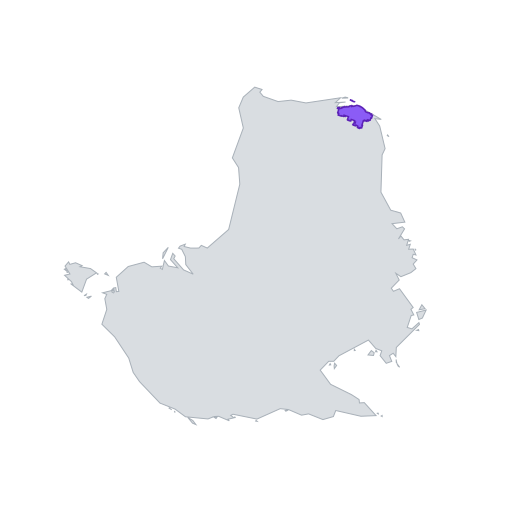 Carnarvon, Western Australia, Australia shown in context, rotated 108°
{"feature_id": "25037944B73025640718230", "entity_name": "Carnarvon", "entity_type": "district", "adm_level": 2, "iso_a3": "AUS", "parent_name": "Australia", "parent_adm1": "Western Australia", "projection": "orthographic", "projection_center": [113.812, -24.467], "detail": "fine", "context": "in_parent", "style": "filled", "palette": "violet", "viewbox_px": 512, "rotation_deg": 108, "n_neighbors": 0, "source": "geoboundaries", "source_scale": "gbopen_adm2", "svg_char_len": 7193}
<svg xmlns="http://www.w3.org/2000/svg" viewBox="0 0 512 512"><g transform="rotate(108 256 256)"><path d="M376.0,106.7L378.3,132.4L384.8,132.8L390.9,141.8L389.9,157.2L393.3,163.5L392.0,177.7L393.7,185.8L410.8,204.7L413.6,229.0L415.4,230.8L416.7,227.0L419.9,232.2L421.0,230.5L420.0,242.1L421.6,246.2L425.8,251.3L430.7,273.4L426.6,285.7L425.6,301.8L411.5,327.9L404.7,336.8L392.4,345.5L376.6,365.4L368.5,381.5L352.9,381.4L343.3,386.6L338.6,386.1L338.4,390.5L333.5,382.7L335.0,381.6L335.1,380.0L333.8,379.6L330.5,381.6L329.4,379.6L333.1,377.8L332.1,375.5L319.4,382.3L305.5,374.3L296.5,360.5L298.5,351.7L294.8,342.5L297.2,343.3L297.7,340.9L288.6,341.7L292.6,336.2L291.4,326.8L285.9,336.2L279.2,336.0L281.0,332.9L284.0,333.4L291.6,320.6L292.7,310.1L285.9,320.1L278.4,323.0L272.6,328.7L272.5,332.1L270.0,331.2L266.6,326.9L269.2,327.3L268.7,320.6L266.1,312.8L262.8,311.3L263.5,304.8L239.2,290.2L192.7,293.6L177.3,299.9L170.0,308.8L138.2,307.6L120.4,318.2L108.8,317.2L95.8,309.4L95.8,301.7L99.0,303.0L101.9,298.4L102.3,282.7L96.9,270.7L95.0,255.8L79.4,224.5L85.6,227.9L81.9,218.4L84.5,224.0L89.2,225.7L81.6,206.1L87.4,179.1L88.6,185.4L94.2,178.5L114.0,166.4L120.9,167.3L156.7,156.9L170.8,142.0L170.4,131.7L177.8,124.9L183.2,136.6L186.6,130.5L183.0,125.8L184.3,123.1L195.8,125.8L192.2,124.4L194.9,120.2L193.0,116.1L199.3,116.0L197.2,112.9L202.4,112.9L200.8,108.6L205.6,104.2L205.8,107.0L209.4,107.0L210.0,101.7L215.1,104.0L218.6,100.0L224.0,103.6L230.9,111.8L229.2,117.7L234.6,112.4L244.8,117.4L247.1,114.4L242.8,109.4L256.4,90.6L258.8,92.2L263.3,87.7L264.6,90.0L277.2,90.1L277.1,85.2L269.0,80.5L270.5,79.4L299.6,94.3L308.5,91.9L306.1,95.5L309.5,98.3L314.3,94.3L317.8,99.0L312.4,107.2L307.3,107.1L306.9,113.6L301.2,123.1L325.3,146.3L332.1,149.5L333.7,154.3L344.7,159.7L355.0,145.4L358.4,122.1L360.7,113.6L363.8,112.2L362.0,107.7L370.7,92.5L376.0,106.7ZM321.3,402.5L330.4,410.0L344.2,410.5L339.6,423.8L339.8,421.2L337.4,423.6L333.5,432.1L330.6,427.4L324.6,434.5L319.5,432.4L321.5,430.5L318.2,425.5L318.9,418.4L320.6,420.1L319.1,409.5L321.3,402.5ZM254.8,77.5L263.6,78.6L266.1,81.5L260.0,85.8L254.8,77.5ZM274.9,342.1L287.5,344.0L281.6,345.3L274.9,342.1ZM314.3,113.5L315.5,118.9L310.3,117.1L311.5,113.7L314.3,113.5ZM430.6,271.0L432.0,265.2L434.9,261.1L434.6,264.7L430.6,271.0ZM345.0,400.1L348.1,402.2L347.5,404.1L345.0,400.1ZM253.9,78.9L256.7,84.2L251.1,83.2L253.9,78.9ZM319.8,394.4L317.9,393.5L320.1,390.5L319.8,394.4ZM338.9,146.7L336.3,147.8L333.7,148.1L335.2,145.5L338.9,146.7ZM79.4,223.2L77.3,220.3L77.1,217.7L77.4,217.6L79.4,223.2ZM346.0,405.6L346.9,407.3L344.7,405.5L346.0,405.6ZM421.3,243.3L422.9,243.8L422.2,246.4L421.3,243.3ZM392.6,177.7L394.4,179.7L393.9,180.5L392.6,177.7ZM328.6,432.0L327.8,434.2L326.8,433.1L328.6,432.0ZM428.3,288.6L427.5,291.7L427.3,291.6L428.3,288.6ZM277.0,80.2L275.7,78.7L276.7,78.1L277.0,80.2ZM316.8,86.8L314.6,88.9L317.4,85.0L316.8,86.8ZM429.6,285.0L428.6,285.7L429.4,284.8L429.6,285.0ZM315.6,133.3L314.4,133.6L315.2,132.5L315.6,133.3ZM310.1,112.7L308.6,112.7L309.7,111.3L310.1,112.7ZM101.4,166.4L100.9,168.4L100.2,168.3L101.4,166.4ZM368.4,90.8L368.2,92.5L367.7,91.2L368.4,90.8ZM333.5,380.4L333.5,381.5L333.2,381.1L333.5,380.4ZM314.0,89.6L311.1,90.8L314.1,89.1L314.0,89.6ZM201.1,106.1L200.0,107.2L200.8,105.9L201.1,106.1ZM329.9,430.7L329.1,430.9L329.8,430.2L329.9,430.7ZM337.0,152.5L335.5,152.2L336.4,151.3L337.0,152.5ZM194.7,114.8L193.9,115.4L193.9,113.8L194.7,114.8ZM336.8,427.6L335.6,428.0L336.4,426.9L336.8,427.6ZM369.7,86.4L369.5,87.5L368.7,86.8L369.7,86.4ZM332.5,381.6L333.1,382.8L331.6,382.1L332.5,381.6ZM413.1,205.3L412.3,205.1L412.9,203.8L413.1,205.3ZM416.0,226.6L415.6,226.4L416.1,225.5L416.0,226.6ZM322.4,401.0L321.8,401.7L321.9,400.6L322.4,401.0Z" fill="#d9dde1" stroke="#a8b0b8" stroke-width="1"/><path d="M93.0,191.0L92.6,190.7L92.4,190.5L92.1,190.2L91.9,189.9L91.6,189.4L89.1,189.4L89.1,188.7L86.2,188.7L86.2,190.1L85.4,190.1L85.5,190.4L85.5,190.6L85.4,190.7L85.5,190.8L85.5,191.3L85.4,191.8L85.1,192.0L84.9,192.2L85.0,192.3L84.9,192.4L84.9,192.5L84.9,192.8L85.0,192.9L85.0,193.0L85.1,193.6L85.1,193.8L85.2,194.0L85.1,194.3L85.1,194.8L85.0,195.0L85.1,195.3L85.0,196.0L84.9,196.1L84.9,196.3L84.8,196.5L84.6,196.6L84.3,197.0L84.0,197.1L83.8,197.2L83.7,197.4L83.6,197.5L83.4,197.6L83.3,197.9L83.2,198.2L83.2,198.3L83.1,198.5L83.0,198.8L82.9,199.0L82.7,199.0L82.5,199.3L82.5,199.9L82.3,200.1L82.2,200.3L82.1,200.5L82.1,201.1L81.9,201.6L81.8,201.8L81.7,201.8L81.7,202.1L81.7,202.3L81.8,202.9L81.8,203.0L81.8,203.4L81.7,203.6L81.5,203.8L81.3,203.8L81.5,204.7L81.4,205.0L81.5,205.3L81.4,205.4L81.4,205.7L81.4,205.8L81.5,206.6L81.7,206.9L81.7,207.0L81.9,207.2L82.1,207.4L82.3,207.6L82.5,208.0L83.1,208.7L83.5,209.4L83.6,209.6L83.6,209.9L83.6,210.1L83.5,210.3L83.6,210.2L83.5,210.4L83.5,210.5L83.8,210.6L84.1,210.4L84.3,210.5L84.1,210.5L83.9,210.6L83.8,210.8L83.8,211.0L84.0,210.9L83.9,211.0L84.0,211.0L84.2,211.3L84.0,211.5L83.9,211.7L83.9,212.2L84.0,212.5L84.3,213.0L84.5,213.3L85.0,213.5L85.3,213.7L85.4,213.9L85.5,214.1L85.6,214.3L85.7,214.8L85.6,214.7L85.7,214.8L85.9,215.1L86.0,215.5L86.1,215.8L86.2,216.0L86.3,216.3L86.2,216.4L86.4,216.6L86.5,216.7L86.6,216.9L86.7,217.1L86.7,217.3L86.8,217.5L87.1,218.0L87.1,218.3L87.3,218.6L87.1,218.4L87.2,218.5L87.3,218.6L87.2,218.6L87.3,218.7L87.5,219.0L88.0,219.4L88.3,219.7L88.2,219.7L88.3,219.8L88.2,219.9L88.3,220.0L88.5,220.2L88.5,220.3L88.4,220.2L88.4,220.3L88.6,220.4L88.7,220.6L88.8,220.6L88.7,220.5L88.8,220.6L88.7,220.6L89.0,220.9L89.1,221.0L89.3,221.2L89.4,221.3L89.5,221.3L89.7,221.5L89.5,221.8L89.5,222.1L89.6,222.3L89.6,222.5L89.4,222.5L89.3,222.3L89.2,222.3L89.0,222.6L89.1,222.8L89.3,223.1L89.4,223.4L89.4,223.5L89.4,223.8L89.5,224.0L90.5,224.1L90.5,222.6L94.3,222.6L94.4,222.0L95.2,222.0L95.2,221.3L96.6,221.3L96.6,218.2L96.2,218.2L96.2,216.7L96.2,216.3L96.2,215.8L94.9,215.8L94.9,215.1L95.7,215.1L95.7,214.3L94.9,214.3L94.9,211.7L95.0,211.7L95.0,211.1L96.5,211.1L97.1,211.2L98.0,211.2L98.0,210.7L98.4,210.7L98.4,209.9L98.5,209.9L98.5,208.4L98.2,208.4L98.2,207.6L96.7,207.6L96.7,206.3L96.8,204.0L97.9,204.0L97.9,202.8L98.9,202.8L98.8,203.9L100.5,203.9L100.5,204.4L101.1,204.5L101.1,204.1L101.3,204.1L101.3,203.3L101.5,203.3L101.5,202.5L101.4,202.5L101.4,201.6L100.7,201.6L100.8,201.1L100.8,200.8L100.7,200.7L100.8,200.6L100.9,200.4L101.0,199.9L100.9,199.5L101.0,199.4L101.4,199.4L101.4,199.2L102.4,199.2L102.4,198.1L102.7,198.1L102.7,197.1L102.0,197.1L102.0,196.1L101.5,196.1L101.5,195.1L98.8,195.1L98.8,195.7L94.3,195.7L94.3,195.0L93.3,195.0L93.3,193.2L93.7,193.2L93.7,192.3L92.5,192.3L92.5,191.7L91.9,191.7L91.9,191.1L93.0,191.1L93.0,191.0ZM78.6,213.9L78.6,213.7L78.7,213.4L78.6,213.2L78.7,212.8L78.8,212.7L78.7,212.4L78.8,212.2L78.7,212.1L78.6,212.4L78.5,212.5L78.5,212.8L78.4,212.8L78.5,213.3L78.4,214.1L78.3,214.5L78.3,214.9L78.4,214.7L78.5,214.4L78.4,214.3L78.5,214.2L78.6,213.9ZM78.8,210.9L78.8,211.2L78.8,211.4L78.7,211.9L78.8,211.8L78.8,211.7L79.0,211.4L78.9,211.2L78.9,210.9L78.9,210.7L79.0,210.6L79.1,210.2L79.1,209.8L79.2,209.7L78.9,209.8L78.9,210.2L78.8,210.4L78.8,210.6L78.8,210.9ZM83.7,210.9L83.7,210.7L83.7,210.8L83.7,211.0L83.7,210.9ZM83.7,210.9L83.8,210.9L83.7,210.8L83.7,210.9ZM87.4,218.9L87.5,218.9L87.4,218.8L87.4,218.9Z" fill="#8b5cf6" stroke="#5b21b6" stroke-width="1.5"/></g></svg>